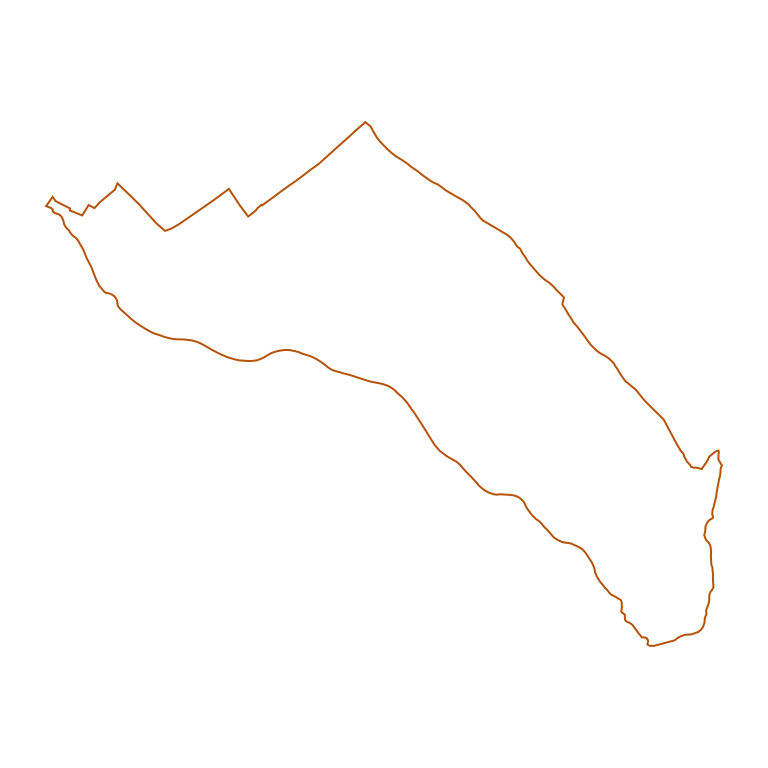 the district of San Miguel, Corrientes, Argentina, rotated 90°
{"feature_id": "61730980B60061782271910", "entity_name": "San Miguel", "entity_type": "district", "adm_level": 2, "iso_a3": "ARG", "parent_name": "Argentina", "parent_adm1": "Corrientes", "projection": "mercator", "projection_center": [-57.327, -27.944], "detail": "fine", "context": "isolated", "style": "outline", "palette": "amber", "viewbox_px": 768, "rotation_deg": 90, "n_neighbors": 0, "source": "geoboundaries", "source_scale": "gbopen_adm2", "svg_char_len": 6051}
<svg xmlns="http://www.w3.org/2000/svg" viewBox="0 0 768 768"><g transform="rotate(90 384 384)"><path d="M640.4,93.5L639.0,91.7L637.1,88.9L635.7,85.8L634.7,82.5L634.6,78.3L633.8,74.8L632.7,71.8L632.3,70.7L632.0,69.8L629.5,66.8L626.6,64.9L623.0,63.6L620.0,63.3L617.6,63.1L615.9,62.3L613.4,61.4L612.0,61.8L610.1,61.8L607.5,60.8L603.1,59.2L599.5,58.7L596.2,58.8L593.4,58.2L591.7,57.4L589.8,55.8L588.9,55.4L587.5,54.6L585.7,54.6L580.5,55.0L572.6,55.1L571.1,55.4L567.2,55.6L565.1,56.6L556.6,57.1L556.2,57.1L550.9,56.9L546.5,57.5L543.9,58.5L542.4,59.4L540.7,61.4L539.7,62.1L535.6,63.6L534.8,63.7L533.0,63.3L531.1,62.7L528.5,62.6L526.3,62.5L524.8,61.8L522.6,60.8L520.7,59.3L519.6,58.0L518.8,56.2L517.8,55.2L516.6,55.1L515.5,55.3L514.0,55.8L511.8,55.6L509.8,55.4L506.8,54.3L498.9,52.4L496.1,51.7L493.5,51.5L480.2,49.1L475.9,48.0L471.8,47.5L468.9,47.4L465.6,46.2L465.4,46.1L459.7,49.6L454.2,49.5L452.5,49.1L450.6,49.6L450.9,51.2L452.2,53.4L453.8,55.3L456.7,58.8L459.8,60.2L461.8,61.4L463.1,62.1L464.9,63.4L467.3,65.2L469.1,66.2L468.5,68.4L467.8,70.5L467.7,71.9L467.6,73.2L467.7,74.0L467.5,75.0L467.1,75.8L467.0,76.7L466.4,77.2L465.3,77.6L463.1,79.6L461.7,81.0L459.6,82.0L456.3,84.0L454.0,84.4L451.0,87.1L444.1,91.2L436.3,95.4L419.7,104.2L412.6,111.3L409.7,114.3L400.7,123.3L389.7,132.2L384.4,138.6L380.7,143.0L375.3,146.7L373.1,148.2L368.8,150.7L366.2,152.7L363.4,154.2L361.6,155.8L358.1,159.5L355.5,163.5L354.3,166.0L352.5,168.8L350.8,171.2L347.2,174.8L345.0,177.1L341.3,179.9L334.4,184.8L327.1,190.4L322.3,194.6L318.3,196.9L315.4,198.9L311.0,201.5L304.3,205.7L297.5,204.0L296.2,205.2L294.0,207.4L291.3,210.2L288.9,212.5L286.3,214.7L284.1,217.2L281.9,219.9L280.2,222.6L278.1,225.1L274.9,228.7L273.8,229.6L270.9,232.1L268.4,234.3L266.3,236.1L264.0,238.2L260.6,240.7L257.1,242.7L253.5,245.4L248.4,248.1L247.1,250.3L244.9,251.9L242.0,253.7L239.8,255.6L238.0,257.0L236.5,258.8L234.3,261.6L232.5,264.8L230.4,268.3L228.7,271.0L226.8,274.4L225.5,276.6L224.0,279.1L223.2,280.5L222.4,281.8L220.6,285.0L218.5,287.2L216.2,289.0L213.2,291.4L210.0,294.0L207.4,296.8L204.3,299.6L201.6,303.2L199.5,306.3L197.3,310.4L194.6,315.0L190.7,321.7L186.1,327.8L184.2,330.7L183.0,333.6L181.3,336.8L179.3,339.7L177.1,342.8L174.4,346.4L171.7,349.7L169.2,353.4L166.2,357.7L164.0,360.2L160.9,364.6L158.8,368.0L156.5,371.7L154.2,374.8L150.8,378.9L149.4,380.3L147.9,381.8L143.9,385.7L141.3,388.2L139.9,389.3L138.7,390.2L137.3,391.3L134.1,393.1L130.4,395.3L126.4,397.4L122.1,402.8L124.7,405.6L129.5,411.1L137.1,419.4L146.9,430.4L149.3,433.1L152.0,436.0L158.6,443.4L163.8,449.1L169.6,457.2L179.4,470.0L186.5,480.2L190.1,485.2L197.4,494.9L203.1,502.8L205.4,505.8L204.9,506.5L208.0,510.4L210.7,512.4L216.5,519.8L206.2,527.6L194.1,535.7L190.4,538.1L188.9,539.1L193.5,545.3L196.6,549.4L200.0,554.2L205.1,561.4L211.3,570.4L217.1,578.7L224.3,589.2L228.5,596.4L230.9,603.0L223.0,611.9L203.4,629.8L183.3,650.5L189.8,653.2L202.3,668.3L205.9,671.4L208.1,673.6L205.0,679.3L211.4,683.3L215.4,685.8L210.5,698.2L208.5,697.9L201.1,712.4L196.9,715.4L204.4,720.6L206.0,721.9L207.1,719.4L207.8,717.1L209.0,715.9L209.9,715.2L211.1,715.4L212.8,713.5L213.9,710.5L214.4,709.0L216.0,707.1L217.4,706.0L220.7,704.6L224.2,703.9L227.5,702.0L230.2,699.2L232.5,697.9L233.6,697.0L234.9,695.9L236.2,694.6L237.8,692.3L240.2,690.1L244.3,687.8L249.2,684.9L254.3,682.8L258.5,681.2L263.7,678.4L268.0,676.3L271.7,674.9L276.1,673.2L280.3,671.5L282.1,670.6L283.5,669.9L285.3,669.0L286.7,667.9L288.2,666.7L290.0,665.2L292.0,663.5L292.9,661.9L293.3,659.3L293.9,657.6L294.8,655.6L296.1,653.9L297.8,652.3L300.9,650.8L303.5,650.6L305.2,650.3L306.4,649.8L309.0,647.8L312.5,643.9L315.5,640.5L318.7,637.1L321.5,633.7L323.3,631.3L325.7,627.6L328.3,623.5L330.3,620.0L333.0,615.0L335.5,607.5L337.0,603.3L337.7,600.7L338.3,598.2L338.9,595.4L339.1,593.7L339.3,591.7L339.3,587.6L339.5,584.7L339.7,581.8L339.8,580.7L339.9,579.8L340.1,578.2L340.5,575.8L341.5,572.3L343.2,567.8L345.0,564.4L346.4,561.9L347.6,559.8L349.3,557.0L351.6,552.6L352.8,550.4L354.7,546.5L357.2,540.5L358.5,536.2L359.5,532.7L360.4,528.4L360.8,522.9L361.1,517.5L360.3,511.0L358.1,505.2L353.2,497.0L351.6,492.5L350.6,487.9L349.9,482.6L350.1,478.1L351.3,472.3L352.4,468.6L353.7,465.7L355.2,460.7L356.7,456.3L359.1,451.5L362.1,446.8L363.8,444.4L367.5,439.8L369.4,436.9L370.8,433.5L372.1,428.6L373.4,424.5L374.7,419.1L376.0,415.0L378.0,409.0L380.0,402.6L381.7,397.1L383.1,389.6L384.0,385.5L385.8,380.1L387.8,376.5L389.9,373.7L392.9,370.7L396.4,366.7L399.6,363.5L402.2,361.3L404.8,359.4L409.6,356.1L412.0,354.2L419.3,349.5L429.6,342.9L436.3,338.8L444.9,333.4L451.0,328.1L454.1,324.0L456.5,320.7L459.1,316.2L461.9,311.2L465.2,307.6L470.9,302.7L473.4,300.2L478.4,295.4L482.2,291.9L485.5,289.2L488.2,286.1L490.7,282.8L492.6,279.1L494.2,274.5L494.7,271.5L494.3,267.9L494.8,259.0L495.4,254.2L495.9,252.5L496.6,250.8L497.9,248.4L499.2,246.9L502.0,244.2L503.5,243.4L506.5,242.1L509.9,239.9L511.9,238.4L515.3,235.9L517.8,233.2L519.3,231.7L520.7,229.4L523.0,226.9L525.9,224.6L527.7,223.1L529.6,220.9L531.9,218.9L537.2,214.4L537.9,213.4L538.9,212.0L540.7,208.7L542.0,206.0L542.4,204.2L543.1,199.4L543.3,197.8L543.7,196.5L544.9,193.9L545.5,192.5L546.4,190.8L547.3,188.8L548.1,187.3L549.7,185.2L551.2,183.8L552.8,182.5L553.7,181.8L555.9,180.4L556.6,180.0L560.1,177.7L562.7,176.0L565.7,174.6L568.3,173.6L572.4,172.9L576.1,171.3L578.4,170.0L582.4,167.5L584.7,165.4L587.9,162.9L589.8,160.9L591.8,159.4L594.4,157.2L595.6,154.8L596.5,153.1L597.4,151.4L598.2,150.5L599.3,148.2L600.3,147.0L601.9,146.4L603.4,146.2L605.9,146.2L607.2,146.2L609.0,146.3L610.4,146.5L611.7,146.8L612.7,146.0L613.1,145.0L613.8,144.2L615.0,143.1L616.1,143.2L617.3,143.1L618.3,143.0L619.8,143.0L620.8,142.3L621.6,141.2L622.2,140.1L622.7,138.9L623.2,137.9L624.2,136.4L625.0,135.5L626.1,134.7L628.0,133.2L629.9,131.8L631.7,130.5L633.3,129.5L634.6,128.3L635.6,127.5L636.3,127.0L637.3,126.2L637.4,124.8L637.5,123.6L637.6,122.5L638.1,121.4L639.1,120.9L639.9,120.1L641.9,119.9L642.9,120.3L643.6,120.6L644.7,120.3L645.4,119.3L645.8,117.8L645.9,115.7L645.8,113.7L640.4,93.5Z" fill="none" stroke="#b45309" stroke-width="2"/></g></svg>